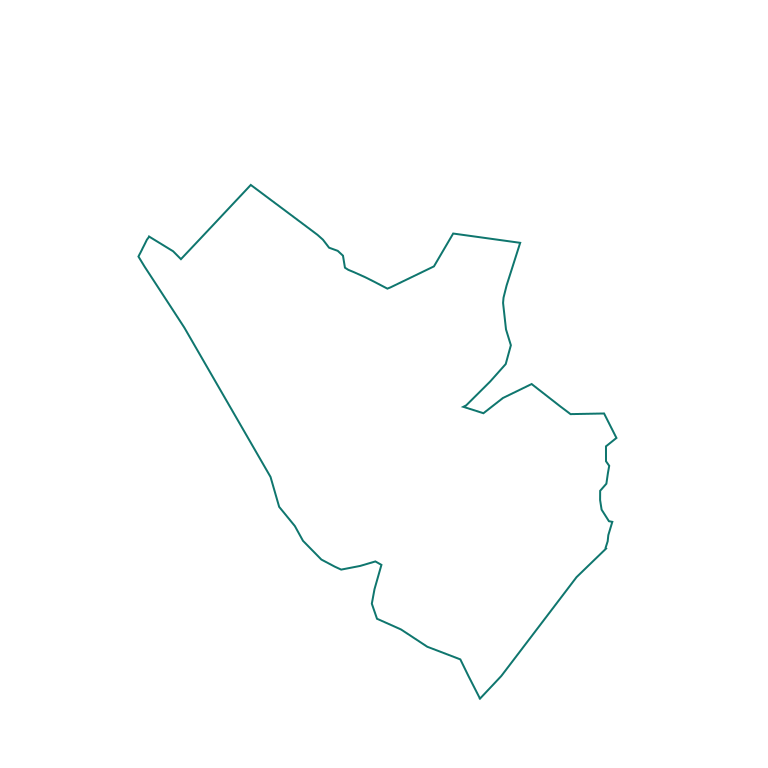 Melit, North Darfur, Sudan, rotated 217°
{"feature_id": "16777658B8925741103615", "entity_name": "Melit", "entity_type": "district", "adm_level": 2, "iso_a3": "SDN", "parent_name": "Sudan", "parent_adm1": "North Darfur", "projection": "equal_earth", "projection_center": [26.262, 14.2], "detail": "fine", "context": "isolated", "style": "outline", "palette": "teal", "viewbox_px": 768, "rotation_deg": 217, "n_neighbors": 0, "source": "geoboundaries", "source_scale": "gbopen_adm2", "svg_char_len": 1318}
<svg xmlns="http://www.w3.org/2000/svg" viewBox="0 0 768 768"><g transform="rotate(217 384 384)"><path d="M360.2,578.7L419.3,545.8L414.9,508.0L437.0,465.0L438.7,462.2L453.2,459.8L463.1,458.0L475.8,455.1L481.2,453.7L485.2,453.4L494.0,461.8L501.1,462.5L509.9,459.8L519.6,462.5L526.9,463.1L562.3,463.0L585.3,462.9L610.2,462.8L618.2,389.3L619.4,378.6L621.3,361.5L632.3,363.1L660.2,360.4L660.4,360.4L660.2,359.5L660.2,359.4L660.2,358.6L660.2,356.5L659.7,354.0L659.7,353.8L659.5,353.0L659.0,350.2L658.9,349.7L658.5,347.3L658.0,345.0L658.0,344.8L657.5,342.1L657.3,340.7L656.8,338.0L645.7,333.6L625.2,326.2L577.5,308.9L418.7,241.5L393.8,222.8L369.7,216.9L354.3,210.0L328.4,206.1L313.4,208.5L306.5,210.0L293.6,224.3L284.1,237.1L277.2,238.0L268.1,214.4L261.5,201.2L248.3,192.3L222.7,198.2L191.3,200.2L157.3,210.0L140.8,201.6L118.0,190.5L118.1,189.4L114.6,221.4L114.5,239.9L114.3,280.8L114.0,345.6L107.6,386.3L108.4,386.4L110.7,393.0L113.9,398.3L118.7,411.3L121.8,409.8L134.6,414.6L141.6,421.4L147.1,428.8L146.4,438.2L151.6,447.7L154.9,454.2L160.2,455.9L169.2,467.8L165.9,480.8L190.5,492.9L216.9,472.2L229.8,472.2L266.1,472.8L280.6,444.4L287.0,420.5L306.9,413.5L305.5,416.4L300.7,449.9L298.8,473.2L306.0,491.3L319.4,501.0L337.7,520.4L340.5,524.9L345.4,536.5L360.2,578.7Z" fill="none" stroke="#0f766e" stroke-width="2"/></g></svg>